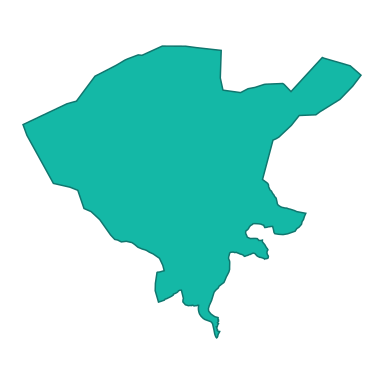 Akinyele, Oyo, Nigeria (Albers equal-area conic projection)
{"feature_id": "59680162B96934818178887", "entity_name": "Akinyele", "entity_type": "district", "adm_level": 2, "iso_a3": "NGA", "parent_name": "Nigeria", "parent_adm1": "Oyo", "projection": "albers", "projection_center": [3.952, 7.55], "detail": "fine", "context": "isolated", "style": "filled", "palette": "teal", "viewbox_px": 384, "rotation_deg": 0, "n_neighbors": 0, "source": "geoboundaries", "source_scale": "gbopen_adm2", "svg_char_len": 5803}
<svg xmlns="http://www.w3.org/2000/svg" viewBox="0 0 384 384"><path d="M361.0,75.2L350.2,65.8L324.0,58.2L322.3,57.5L291.0,91.6L284.1,84.4L282.7,83.5L266.0,84.2L264.2,84.4L255.0,87.4L248.1,88.7L247.7,88.9L240.6,92.6L223.3,90.2L222.9,89.9L220.3,78.0L221.2,50.4L196.1,47.6L185.6,46.2L162.2,46.1L142.0,55.3L138.2,54.9L127.6,58.9L124.9,60.1L116.0,65.4L95.0,76.2L76.6,100.9L76.6,101.1L67.1,103.7L23.0,124.6L26.9,135.3L53.4,183.4L70.0,187.2L77.8,190.3L84.0,208.5L91.1,211.6L99.8,219.7L110.6,235.0L114.7,239.4L117.6,240.0L121.3,241.9L126.3,241.3L132.0,242.6L134.7,244.5L137.9,247.2L142.1,249.0L145.3,249.9L147.0,250.7L149.2,252.1L153.1,253.9L159.5,258.3L162.8,265.3L164.2,270.7L159.6,272.0L157.4,272.2L157.0,272.5L155.5,282.6L155.4,283.1L155.2,290.7L158.5,302.1L160.8,301.4L164.4,300.1L165.3,299.0L165.6,298.9L166.5,298.8L167.8,298.1L169.7,297.2L171.6,296.2L173.3,295.0L173.4,294.2L175.9,293.1L177.5,292.1L178.7,290.7L180.0,290.2L181.4,290.2L183.4,298.5L183.0,299.8L182.9,301.9L185.4,304.8L186.9,305.2L188.3,305.7L189.9,305.5L191.1,305.5L191.7,305.6L192.0,305.2L193.0,305.2L193.3,305.5L193.9,305.9L194.6,305.9L195.2,305.7L196.1,305.7L196.8,305.6L197.2,305.5L197.6,305.2L198.6,305.3L198.4,307.9L198.4,309.0L198.5,310.2L198.9,312.1L199.5,313.9L201.0,316.2L203.3,318.5L204.9,319.5L207.9,320.6L210.7,321.6L211.7,322.5L212.5,323.7L212.8,324.8L214.0,330.1L214.7,333.8L215.3,335.7L216.0,337.2L216.6,337.9L216.9,337.7L217.3,337.3L217.6,336.6L217.8,336.0L217.9,335.2L218.1,334.8L218.2,334.3L218.6,333.5L219.1,332.7L219.5,332.0L219.7,331.5L219.1,331.4L218.5,331.3L218.0,331.1L217.4,330.7L217.2,330.5L217.3,330.2L217.5,329.8L217.3,329.6L217.2,329.4L217.1,329.0L216.9,328.6L216.8,328.4L216.7,327.9L216.6,327.6L216.5,327.1L216.4,326.8L216.9,326.8L217.2,326.8L217.2,326.7L217.2,326.4L217.3,326.3L217.4,326.2L217.5,325.9L217.5,325.6L217.6,325.3L217.7,324.8L217.9,324.5L218.1,324.2L218.4,323.9L218.4,323.7L218.5,323.5L218.3,323.4L218.1,323.3L217.8,323.1L217.6,322.9L217.4,322.7L217.6,322.3L217.8,322.0L218.1,321.7L218.3,321.5L218.5,321.3L218.6,321.0L218.6,320.8L218.4,320.7L218.3,320.4L218.2,320.3L218.0,320.2L218.1,319.9L218.4,319.6L218.2,319.3L218.0,319.2L217.9,319.0L217.9,318.9L217.9,318.7L218.1,318.4L218.1,318.2L218.1,317.6L217.1,317.3L215.1,316.8L213.6,315.9L211.0,314.0L208.7,311.2L208.4,308.7L209.3,305.5L211.6,300.4L212.9,296.1L214.1,292.2L215.9,290.0L218.2,288.0L219.2,286.0L220.0,285.5L221.6,284.2L223.9,282.5L225.1,279.9L226.3,276.9L227.4,274.9L228.9,271.9L229.6,269.4L229.6,267.2L229.7,263.3L229.7,262.2L229.6,261.1L229.1,259.9L228.6,258.7L228.6,257.6L228.8,256.3L229.2,255.1L229.4,254.1L229.7,253.1L230.5,252.4L231.1,252.2L232.2,252.2L232.9,252.0L234.0,252.3L234.6,252.5L234.8,252.6L235.3,252.5L235.9,252.4L236.0,252.4L236.4,252.3L236.6,252.4L236.7,252.5L236.9,252.7L237.3,252.8L237.6,252.9L237.9,253.1L238.4,253.2L238.8,253.4L239.0,253.5L239.4,253.7L239.7,253.8L239.9,253.9L240.3,254.1L240.7,254.1L241.0,254.2L241.4,254.3L241.9,254.5L242.4,254.7L242.8,254.9L243.2,255.2L243.6,255.5L244.0,255.9L244.2,256.1L244.3,256.3L244.9,256.3L245.4,256.1L245.7,256.0L246.0,255.8L246.4,255.7L247.1,255.5L247.7,255.4L248.1,255.2L248.7,254.8L249.2,254.6L249.5,254.5L250.1,254.5L250.5,254.3L250.8,254.2L251.1,254.0L251.4,253.8L251.9,253.6L252.4,253.4L252.8,253.2L253.2,253.1L253.7,253.2L254.2,253.3L254.6,253.5L255.1,253.7L255.3,253.9L255.5,254.1L255.8,254.6L256.3,255.1L256.7,255.5L257.0,255.9L257.4,256.1L257.8,256.4L258.2,256.6L258.6,256.8L258.9,256.9L259.2,257.1L259.5,257.3L259.8,257.3L260.2,257.4L260.7,257.4L261.2,257.5L261.7,257.7L262.4,257.9L262.8,258.0L263.1,258.2L263.3,258.3L263.6,258.4L263.9,258.6L264.2,258.7L264.4,258.8L264.5,258.9L264.6,259.0L264.8,258.7L265.0,258.7L265.5,258.8L266.1,258.7L266.9,258.6L267.7,258.3L268.2,257.8L268.2,257.2L268.4,256.5L268.3,256.0L268.0,255.5L267.7,255.1L267.3,254.2L267.0,253.2L267.0,251.9L267.3,250.9L267.4,250.5L267.8,250.2L267.9,249.6L267.6,249.2L267.4,248.9L267.3,248.6L267.1,248.3L266.8,248.1L266.6,247.9L266.4,247.7L266.3,247.4L266.1,247.0L265.8,246.6L265.4,245.8L265.1,245.2L264.7,244.6L264.4,244.2L264.1,243.9L263.7,243.4L263.3,242.9L263.0,242.6L262.7,242.3L262.5,242.0L262.4,241.7L262.4,241.2L262.4,240.7L262.4,240.1L262.1,240.2L261.6,240.3L261.2,240.4L260.9,240.5L260.6,240.5L260.3,240.5L259.9,240.4L259.5,240.4L259.2,240.4L259.0,240.5L258.5,240.0L257.3,238.6L255.2,238.4L250.2,238.5L247.3,237.2L246.6,235.3L245.8,233.7L245.6,232.0L246.1,230.7L247.5,229.8L248.5,228.6L249.2,227.2L249.9,226.3L250.4,225.7L250.9,225.3L251.5,225.0L252.3,224.5L253.0,223.8L254.2,223.6L256.9,223.7L258.5,223.8L260.1,224.0L261.2,224.2L262.3,224.8L262.6,224.9L262.9,225.0L263.2,225.1L263.5,225.1L263.8,225.3L263.9,225.7L264.1,226.2L264.2,226.5L264.3,226.6L264.5,226.8L264.6,227.1L264.6,227.3L264.7,227.5L264.9,227.5L265.3,227.5L265.7,227.4L266.1,227.4L266.6,227.3L267.0,227.2L267.5,227.1L267.8,227.0L268.1,226.9L268.3,226.8L268.6,226.8L268.9,226.8L269.3,226.7L269.7,226.7L270.0,226.7L270.4,226.5L270.7,226.5L271.2,226.5L271.7,226.4L272.2,226.4L272.4,226.4L272.6,226.4L272.7,226.6L272.8,227.2L273.1,228.2L273.4,229.3L273.5,229.8L273.6,230.3L273.7,230.9L273.8,231.3L273.9,231.8L274.0,232.4L274.3,232.9L274.9,233.7L278.8,234.3L283.1,234.6L287.7,233.8L292.0,232.3L295.1,231.2L296.8,228.6L299.0,227.2L301.5,224.3L302.1,221.6L303.5,219.5L304.4,216.5L305.8,213.3L298.3,211.9L296.7,211.6L294.6,210.6L290.3,209.2L288.5,208.8L286.8,208.1L284.8,208.0L283.4,207.6L281.8,207.3L280.4,206.6L279.1,205.8L277.8,204.7L277.2,203.3L277.1,202.3L276.9,201.4L276.6,200.2L276.3,198.7L275.8,197.6L274.7,196.7L273.8,194.8L272.9,193.8L272.1,192.5L271.5,191.2L270.0,189.9L269.2,188.0L268.6,186.8L268.5,185.1L268.3,184.4L267.6,183.3L262.5,179.5L273.0,140.1L276.0,138.8L278.9,137.1L291.4,125.3L299.2,115.5L315.9,114.8L319.9,111.8L339.9,99.4L352.7,86.2L361.0,75.2Z" fill="#14b8a6" stroke="#0f766e" stroke-width="1.5"/></svg>